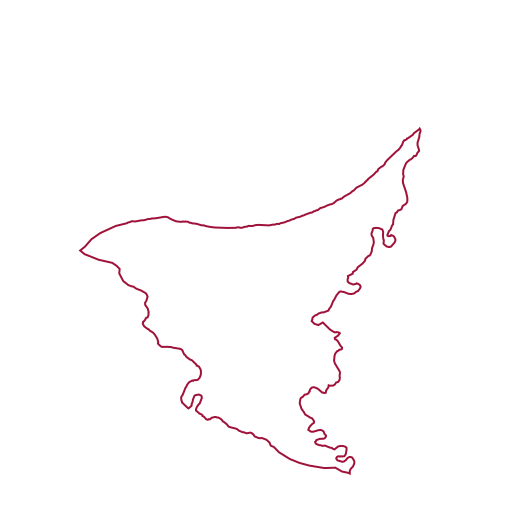 Ramón Villeda Morales, Gracias a Dios, Honduras, rotated 291°
{"feature_id": "27666195B49147516395854", "entity_name": "Ramón Villeda Morales", "entity_type": "district", "adm_level": 2, "iso_a3": "HND", "parent_name": "Honduras", "parent_adm1": "Gracias a Dios", "projection": "natural_earth1", "projection_center": [-83.403, 15.103], "detail": "fine", "context": "isolated", "style": "outline", "palette": "rose", "viewbox_px": 512, "rotation_deg": 291, "n_neighbors": 0, "source": "geoboundaries", "source_scale": "gbopen_adm2", "svg_char_len": 6079}
<svg xmlns="http://www.w3.org/2000/svg" viewBox="0 0 512 512"><g transform="rotate(291 256 256)"><path d="M86.5,421.5L88.8,420.6L91.2,420.7L94.3,422.0L97.5,422.1L99.1,421.6L100.3,420.7L102.3,418.0L102.3,416.7L101.9,415.3L100.3,413.9L97.6,413.0L95.6,411.7L94.8,410.3L94.4,405.3L95.6,403.5L97.2,403.5L98.4,404.4L98.8,405.4L98.8,406.3L99.6,407.2L99.6,408.1L100.8,410.3L103.1,410.8L107.9,409.9L109.5,409.1L109.9,408.2L109.9,405.9L109.1,403.2L107.6,400.9L103.6,398.6L103.6,396.8L104.0,395.5L103.6,393.6L103.7,388.2L102.5,386.0L102.5,384.2L102.1,382.8L102.1,379.6L102.9,378.3L103.7,377.8L104.5,378.3L105.7,378.3L108.1,381.0L109.7,384.7L110.8,385.6L112.4,386.0L113.6,385.6L114.4,383.8L116.4,382.0L116.8,380.7L116.8,378.8L115.7,376.6L112.5,372.5L111.7,370.2L112.5,367.1L114.9,367.1L116.5,367.5L119.7,368.9L120.9,369.8L121.7,369.8L122.9,369.0L124.5,366.7L124.5,364.9L125.7,358.6L127.3,356.8L129.7,353.2L134.1,349.6L138.1,348.7L139.7,348.8L141.2,350.1L144.0,351.1L144.4,352.0L146.0,353.8L146.8,354.2L147.9,354.2L148.7,354.7L149.5,354.3L150.7,354.3L153.1,355.2L154.3,357.0L154.3,361.1L152.2,366.9L152.6,367.8L152.6,369.2L153.4,370.1L155.8,369.7L159.3,370.6L161.3,370.2L161.3,371.1L162.5,374.2L164.1,375.6L166.5,376.1L168.0,377.9L170.4,378.4L172.4,377.9L174.0,377.0L177.2,376.2L178.4,375.3L184.0,368.1L186.4,366.3L191.5,365.0L193.5,365.0L196.3,365.9L197.1,366.9L198.3,367.3L199.0,368.7L200.2,369.6L201.4,369.1L202.6,366.9L205.8,362.9L206.6,361.1L206.6,359.7L207.0,359.3L207.8,358.8L211.0,361.1L213.8,362.0L214.2,361.6L214.2,360.2L213.8,358.4L213.0,357.1L213.0,355.7L213.8,351.6L217.9,342.2L213.9,339.0L213.6,334.9L215.2,331.3L217.2,331.3L218.7,330.9L221.5,332.3L223.1,334.1L224.7,335.0L227.0,337.7L227.4,339.1L231.0,343.2L232.6,343.2L235.7,344.1L241.7,344.2L243.3,344.7L248.0,345.2L252.0,346.5L253.2,347.5L253.9,351.1L253.9,356.1L254.7,358.8L256.2,361.0L258.6,362.4L259.8,363.8L263.0,364.7L264.9,364.7L266.1,363.4L266.5,362.0L266.6,359.8L265.8,359.3L264.2,357.0L264.2,352.5L265.0,350.7L267.4,349.8L268.6,349.9L270.2,349.0L274.1,352.6L275.7,352.2L278.9,354.5L280.1,354.9L281.7,354.9L287.2,358.2L290.8,359.5L292.4,359.1L296.3,360.9L297.1,361.9L298.3,362.3L301.9,362.4L305.0,361.5L308.6,361.5L311.0,361.1L315.0,358.9L316.6,356.6L318.6,355.7L321.3,355.8L323.3,355.3L324.1,355.8L325.3,358.0L326.1,360.8L326.0,364.4L324.0,366.2L322.1,366.6L318.1,368.4L316.5,369.7L313.3,370.6L312.9,371.0L311.7,374.6L312.1,377.3L313.2,378.7L318.4,380.6L320.4,380.6L321.6,380.1L323.6,377.9L324.0,376.6L324.0,374.7L323.2,374.7L322.8,374.3L322.0,372.5L322.0,371.6L322.8,371.1L326.8,371.2L328.8,372.1L333.1,372.1L334.7,372.6L339.1,371.3L346.2,370.9L347.0,371.8L349.4,372.3L350.2,373.6L351.8,375.0L355.3,375.0L358.5,377.3L360.9,377.8L364.4,376.5L369.2,373.4L376.8,367.1L379.6,365.8L383.2,365.4L385.2,364.0L389.1,362.7L395.9,362.8L397.5,363.2L401.0,365.1L401.8,366.0L403.4,366.9L406.2,367.8L406.5,369.2L408.1,369.7L410.1,369.7L412.5,370.6L414.1,369.7L417.3,367.1L419.7,366.2L425.6,365.8L428.8,364.9L431.2,364.9L432.4,364.5L433.6,363.1L432.5,362.8L427.2,359.4L425.2,358.9L420.5,355.7L419.7,354.8L418.9,354.8L417.7,353.9L417.3,353.0L415.4,352.5L411.4,352.5L410.6,352.0L409.4,352.0L406.2,351.0L404.3,349.7L392.4,344.1L389.6,343.2L387.7,343.2L386.5,342.7L384.9,341.8L384.1,340.9L380.9,339.0L378.6,339.0L377.8,338.1L374.2,336.7L367.9,333.0L367.1,333.0L365.9,332.1L365.1,332.1L364.7,331.6L363.1,331.1L360.8,329.8L355.7,325.2L352.1,323.8L351.3,322.9L348.5,321.5L343.0,316.9L340.3,315.5L339.9,314.6L339.1,314.2L338.7,313.3L336.7,311.4L333.2,309.6L331.2,307.7L330.8,306.8L328.5,304.1L327.3,303.2L324.5,300.0L324.1,299.1L321.0,297.2L320.2,295.9L319.0,295.0L318.6,294.1L316.6,292.7L315.9,291.3L312.3,287.2L310.8,285.8L310.0,284.5L308.8,283.6L306.0,279.5L304.5,278.5L302.5,275.8L300.9,274.4L300.1,273.1L297.4,270.3L295.4,267.1L294.2,266.2L293.5,264.0L291.9,262.1L291.5,260.8L289.2,257.1L286.1,247.6L284.9,244.9L282.6,241.7L281.4,238.1L280.2,237.1L279.4,235.3L277.5,233.0L276.7,231.2L276.7,229.9L275.9,228.1L275.1,227.1L272.0,219.4L267.8,207.2L266.6,202.2L265.9,198.1L265.9,196.3L265.1,194.0L264.8,189.1L263.6,184.5L263.6,182.7L263.2,181.8L263.6,180.5L262.9,177.7L262.1,176.4L262.1,175.5L260.9,173.6L259.8,169.1L259.8,165.5L260.2,161.4L260.6,160.1L260.3,157.8L259.5,156.0L255.2,148.7L253.6,145.1L252.8,144.2L252.1,142.4L249.3,138.7L248.1,136.0L245.0,131.0L243.9,127.4L242.7,126.4L241.5,124.6L240.3,123.7L233.8,114.3L221.6,102.4L212.6,96.3L203.7,93.1L198.1,89.9L196.3,95.3L196.1,110.4L198.1,124.3L196.9,129.3L195.1,133.3L190.7,134.6L185.1,140.9L183.1,147.2L183.1,150.8L183.5,152.6L182.6,155.8L182.6,161.2L181.8,166.2L181.4,167.1L179.4,169.3L175.0,169.7L172.6,169.2L170.6,170.1L168.2,173.7L165.0,176.0L164.2,176.0L162.6,176.8L159.9,176.8L158.7,175.5L157.1,175.4L155.5,175.0L153.9,174.1L153.5,174.5L152.3,174.5L150.3,176.7L149.1,180.8L149.1,182.1L148.3,183.5L147.5,187.6L145.9,190.3L143.5,193.4L140.7,195.6L139.5,195.6L138.7,196.5L137.5,199.7L137.5,201.0L139.4,205.6L140.6,209.6L140.6,211.0L142.1,218.2L142.1,219.6L141.7,220.9L138.5,224.1L138.1,225.4L136.9,227.2L135.7,231.3L135.7,233.5L133.2,239.4L132.4,239.8L132.4,242.1L130.8,244.3L129.2,245.7L125.6,247.0L122.1,247.0L119.7,246.1L118.9,245.1L117.7,242.4L116.9,242.0L116.9,241.1L114.2,238.8L111.4,237.9L109.0,237.8L107.8,237.4L99.9,237.3L98.7,236.9L97.1,236.8L94.3,238.2L93.1,239.5L92.7,239.5L89.5,247.2L89.5,247.6L93.1,249.5L94.7,249.0L97.8,249.0L99.0,248.6L103.0,248.6L104.2,249.1L106.2,252.3L106.1,254.5L105.7,255.4L104.1,256.3L98.2,256.3L96.2,255.4L93.8,254.9L91.4,254.9L90.3,255.3L88.6,259.8L88.6,261.6L88.2,263.0L87.4,263.4L87.4,264.8L85.8,267.9L85.8,269.7L86.6,270.2L87.0,271.5L89.0,272.5L90.9,275.2L91.3,276.1L91.3,277.5L91.7,278.8L91.3,281.5L90.5,283.3L89.7,284.2L89.7,285.1L88.4,289.2L87.2,291.0L86.8,292.3L87.6,298.7L87.6,300.5L86.8,302.7L86.7,307.2L87.1,307.7L87.1,310.8L89.1,314.0L89.1,315.8L88.7,316.3L88.7,317.2L87.1,319.4L87.0,323.5L87.4,325.3L88.2,326.7L88.2,331.6L86.6,335.7L85.8,336.1L84.2,337.9L84.1,341.1L81.0,347.8L78.6,360.4L78.4,370.5L79.4,380.6L82.5,395.8L86.8,405.9L85.6,413.5L86.6,419.8L86.5,421.5Z" fill="none" stroke="#9f1239" stroke-width="2"/></g></svg>